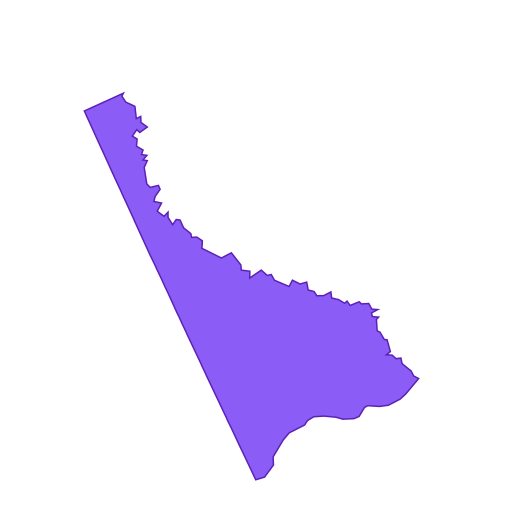 Sioux, North Dakota, United States of America, rotated 65°
{"feature_id": "52423323B40893510468024", "entity_name": "Sioux", "entity_type": "district", "adm_level": 2, "iso_a3": "USA", "parent_name": "United States of America", "parent_adm1": "North Dakota", "projection": "orthographic", "projection_center": [-101.23, 46.186], "detail": "fine", "context": "isolated", "style": "filled", "palette": "violet", "viewbox_px": 512, "rotation_deg": 65, "n_neighbors": 0, "source": "geoboundaries", "source_scale": "gbopen_adm2", "svg_char_len": 2057}
<svg xmlns="http://www.w3.org/2000/svg" viewBox="0 0 512 512"><g transform="rotate(65 256 256)"><path d="M52.0,350.3L53.8,350.3L54.5,350.3L58.8,350.4L63.3,350.4L82.6,350.6L91.9,350.7L97.3,350.7L107.8,350.8L109.1,350.8L115.6,350.9L115.8,350.9L116.1,350.9L117.7,350.9L125.5,351.0L127.3,351.0L131.3,351.0L138.7,351.0L139.0,351.0L145.3,351.1L153.2,351.1L171.4,351.2L172.7,351.3L210.3,351.6L222.9,351.4L223.8,351.4L225.3,351.5L233.9,351.4L239.5,351.4L246.6,351.5L250.9,351.4L263.9,351.5L269.5,351.6L276.2,351.6L277.1,351.5L278.4,351.5L280.5,351.5L285.2,351.6L286.2,351.6L296.0,351.5L297.5,351.6L330.5,351.4L331.6,351.5L334.9,351.5L341.9,351.4L342.8,351.5L355.3,351.4L388.2,351.2L390.3,351.2L393.5,351.3L401.6,351.1L420.7,351.1L427.1,351.0L458.7,350.8L460.0,341.7L452.8,328.5L445.3,325.4L434.3,309.2L430.3,300.6L429.7,283.3L426.9,278.9L426.1,271.6L429.8,262.1L436.0,251.5L440.5,246.4L444.8,236.0L445.0,230.4L439.1,221.6L438.9,218.0L444.6,207.5L447.2,199.1L446.6,185.7L444.3,178.5L435.8,160.4L431.4,163.8L425.8,164.0L415.3,169.1L409.7,167.8L408.3,172.4L403.4,174.5L400.6,179.6L399.4,174.6L387.2,172.6L386.0,175.0L377.5,175.8L375.0,177.8L364.4,173.7L363.2,170.7L360.1,176.1L356.4,175.4L356.0,168.3L353.1,173.5L346.7,173.9L344.0,180.7L341.1,181.8L340.6,191.6L335.4,192.6L336.3,195.6L330.3,199.7L326.1,205.2L320.2,203.3L320.5,211.4L317.8,217.6L312.7,218.4L308.9,223.1L301.1,221.1L300.0,227.9L293.3,233.2L297.6,238.9L285.8,249.5L279.2,250.0L278.4,254.0L271.0,257.2L273.3,271.0L267.2,268.0L262.6,275.3L257.7,273.5L242.7,277.0L243.2,288.2L226.2,301.8L219.6,298.2L213.9,301.6L211.9,306.5L208.2,305.6L199.9,309.7L191.3,309.6L189.2,312.9L192.4,318.3L183.8,319.4L179.1,317.2L181.1,322.6L173.7,326.6L168.1,319.2L163.4,325.5L159.4,322.2L155.0,314.7L150.8,314.6L149.1,322.9L144.5,324.5L128.5,319.9L123.6,314.2L121.2,317.9L118.7,312.3L115.7,316.9L112.2,313.6L106.0,317.9L99.7,314.3L95.1,317.4L91.1,310.6L94.9,309.2L93.2,300.0L86.3,303.8L80.8,301.5L80.9,306.4L69.2,302.5L61.5,309.0L54.4,310.0L52.4,307.4L52.0,350.3Z" fill="#8b5cf6" stroke="#5b21b6" stroke-width="1.5"/></g></svg>